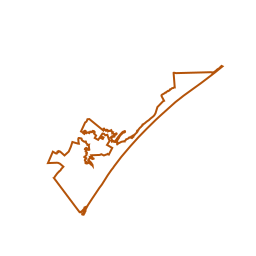 outline of San Francisco del Mar, Oaxaca, Mexico, rotated 297°
{"feature_id": "50627088B36646128750714", "entity_name": "San Francisco del Mar", "entity_type": "district", "adm_level": 2, "iso_a3": "MEX", "parent_name": "Mexico", "parent_adm1": "Oaxaca", "projection": "mercator", "projection_center": [-94.444, 16.207], "detail": "fine", "context": "isolated", "style": "outline", "palette": "amber", "viewbox_px": 256, "rotation_deg": 297, "n_neighbors": 0, "source": "geoboundaries", "source_scale": "gbopen_adm2", "svg_char_len": 5780}
<svg xmlns="http://www.w3.org/2000/svg" viewBox="0 0 256 256"><g transform="rotate(297 128 128)"><path d="M215.5,176.8L198.7,145.9L198.1,143.8L197.8,143.6L185.4,151.2L185.2,150.7L184.2,150.2L183.6,149.3L182.4,148.7L181.8,148.4L181.5,147.9L181.2,147.8L180.6,148.0L179.2,147.2L179.1,146.7L178.5,146.5L177.6,145.8L176.9,145.8L176.2,145.0L175.7,144.9L173.3,143.3L172.6,143.0L172.1,143.1L171.5,143.6L168.6,147.8L167.7,147.1L160.0,144.7L153.7,145.8L151.6,145.7L150.6,145.5L149.5,145.1L146.7,143.8L144.5,143.0L142.1,141.7L139.4,140.6L138.9,140.2L138.5,140.1L137.8,139.8L137.7,139.4L137.1,139.4L137.0,139.6L136.7,139.7L135.7,139.2L134.9,139.1L133.5,138.5L131.5,138.1L131.1,138.2L130.5,137.9L130.2,137.6L129.8,137.4L128.8,137.6L129.5,137.9L129.4,138.1L129.1,138.1L127.8,137.8L127.5,137.8L126.5,137.3L125.6,137.2L125.3,136.9L124.8,136.6L124.2,136.9L123.6,136.6L123.0,136.6L122.6,136.8L122.1,136.5L120.8,136.1L120.8,135.7L121.3,135.8L121.7,136.2L122.0,136.3L122.0,136.1L121.7,136.0L121.5,135.8L121.6,135.5L122.8,136.1L123.0,136.1L123.4,135.8L123.3,135.6L122.5,135.4L121.7,134.7L120.7,134.6L120.4,134.3L120.4,133.7L120.2,133.4L119.7,133.2L119.1,133.2L117.3,131.8L117.1,131.5L115.7,131.4L114.9,130.9L114.6,131.0L114.6,130.8L114.1,130.4L114.1,130.1L112.7,128.4L110.7,127.0L110.0,126.3L109.6,126.3L108.6,125.8L108.8,125.5L110.3,125.1L110.7,124.8L110.7,124.5L110.5,124.2L112.6,124.1L115.0,124.4L116.3,124.3L118.4,124.6L119.9,125.2L120.4,125.2L120.9,125.4L121.5,125.7L122.0,126.4L122.9,127.1L123.7,126.9L123.8,126.8L123.8,126.5L123.0,125.9L122.6,125.4L121.7,124.9L118.9,124.1L115.5,123.3L114.6,123.3L113.7,123.0L112.6,123.0L111.0,122.5L109.7,122.6L109.4,122.2L109.3,121.9L109.7,121.4L109.8,120.9L109.5,120.7L109.3,120.7L108.8,120.1L109.2,120.0L109.6,119.8L109.8,119.4L109.7,119.2L109.3,119.2L109.7,118.8L110.1,118.9L110.4,118.8L111.2,117.7L112.1,117.8L112.3,117.4L112.0,117.0L112.3,117.1L112.5,117.3L113.0,117.4L113.0,117.7L113.4,117.7L113.9,118.1L114.1,118.7L114.1,118.8L113.6,119.0L114.2,119.8L115.5,119.5L116.8,120.0L116.9,120.4L117.1,120.5L117.7,120.5L117.9,120.3L117.9,120.0L117.6,119.9L117.3,119.5L116.6,118.8L116.1,118.6L116.0,118.1L116.3,117.0L116.1,116.6L116.6,116.6L116.7,116.2L117.0,116.2L117.4,116.3L117.3,115.5L117.5,115.0L117.8,114.8L117.9,114.5L117.8,114.3L118.4,114.2L118.5,114.0L117.8,113.6L117.3,113.0L117.0,112.9L116.5,112.1L116.2,111.9L116.4,111.8L116.7,111.5L116.9,110.2L116.8,109.8L116.6,109.6L116.0,110.3L115.5,109.7L115.7,108.5L115.9,107.9L116.6,107.1L116.3,106.6L114.6,107.0L118.4,89.5L117.4,87.9L115.5,88.1L114.6,88.0L113.5,87.3L103.6,87.7L103.6,89.1L103.1,90.4L102.9,91.3L102.9,91.7L104.4,91.5L104.5,90.8L104.8,90.4L105.1,90.3L105.7,90.5L106.1,91.1L106.1,91.6L105.9,91.9L105.0,91.8L104.7,92.0L104.3,92.8L104.3,93.1L104.4,93.3L105.2,93.6L106.2,94.6L106.2,95.1L105.8,95.5L105.8,95.8L106.6,96.0L107.5,95.9L107.7,96.2L107.8,97.3L108.0,97.4L108.6,97.6L108.2,98.0L108.5,98.3L108.8,98.4L109.2,98.1L109.6,98.5L109.8,98.8L109.4,100.0L108.9,100.1L108.6,100.4L107.6,100.3L106.8,103.0L104.0,102.9L103.9,106.8L106.7,107.2L106.7,108.5L106.8,110.5L108.5,110.5L108.2,107.4L111.5,107.8L111.9,109.2L111.4,110.4L111.3,111.2L112.6,112.7L109.3,116.0L108.2,117.5L104.9,117.1L103.9,117.1L103.4,117.0L103.1,123.0L95.6,123.0L95.6,121.6L95.2,121.6L94.6,120.8L92.6,119.0L92.5,116.1L91.2,115.1L87.0,107.6L85.1,110.1L85.0,110.4L85.2,110.9L85.2,111.2L85.0,111.3L84.3,110.6L84.2,109.3L84.3,108.8L85.0,107.5L84.9,107.2L84.4,107.7L84.0,107.5L83.4,107.6L82.4,107.3L82.2,107.4L81.5,107.1L81.3,107.1L81.0,107.9L81.1,108.5L80.8,109.7L80.3,111.1L79.6,112.1L79.3,112.8L78.9,113.2L78.3,113.6L78.5,113.2L78.6,111.8L79.6,108.7L79.6,108.4L79.2,108.2L78.9,107.9L78.9,107.5L78.6,107.8L78.4,107.8L78.3,108.0L79.1,108.5L78.9,108.6L78.3,108.1L78.1,107.7L77.5,107.1L77.4,106.2L77.9,106.0L78.3,105.5L79.0,105.3L79.6,104.2L79.8,104.1L80.7,104.1L80.9,104.3L81.6,104.4L81.7,104.6L82.1,104.6L82.2,103.9L82.4,103.7L82.4,103.4L82.2,102.9L82.2,102.3L82.5,102.2L82.9,102.8L83.7,102.9L84.2,102.8L85.0,103.3L85.4,103.3L86.0,103.0L86.3,102.5L87.2,102.8L87.3,102.7L87.7,101.9L87.8,101.0L88.8,101.1L90.1,100.5L90.1,100.1L89.4,99.5L89.5,99.2L90.0,99.1L90.3,99.2L90.8,99.7L91.2,99.7L91.4,100.1L90.9,100.5L91.0,101.1L90.8,101.8L90.6,102.0L90.4,102.5L90.6,102.8L90.8,102.9L90.9,103.3L91.1,103.4L91.7,102.9L94.8,100.9L95.4,100.8L94.5,99.6L95.0,99.3L95.5,97.7L96.8,96.6L96.6,96.1L95.9,95.4L96.1,93.3L96.4,92.3L97.5,91.4L97.5,91.0L97.4,90.8L96.9,89.0L96.7,88.6L96.3,88.5L95.2,88.9L93.0,90.3L91.9,91.2L91.8,90.6L91.4,90.6L90.3,84.8L85.3,85.6L80.1,85.9L74.7,83.9L76.2,78.2L76.0,76.9L75.0,77.0L75.0,75.9L74.6,75.9L74.5,76.1L72.9,76.1L72.6,75.2L72.8,71.8L60.4,72.6L64.6,80.1L65.2,81.5L65.3,83.3L65.2,84.0L64.2,88.0L60.9,87.1L59.7,87.1L59.1,86.9L58.5,86.5L57.4,86.1L57.1,86.2L56.5,85.9L55.6,85.6L51.4,84.9L50.0,84.9L49.8,84.7L34.4,116.1L31.4,122.3L31.4,122.6L31.0,123.1L31.2,123.8L31.6,124.2L31.8,124.1L32.3,124.7L32.2,124.2L32.7,124.6L33.5,124.8L33.7,125.1L34.0,125.2L34.4,125.1L34.9,125.2L35.9,125.7L36.4,125.5L37.4,125.5L37.5,125.4L38.0,125.8L37.7,125.9L37.3,125.8L36.7,126.0L36.5,125.8L35.9,125.8L35.2,126.2L34.3,126.1L34.3,126.3L34.5,126.4L36.2,126.4L36.6,126.6L37.0,126.6L37.0,126.8L36.3,126.7L36.1,126.4L35.9,126.7L32.3,126.7L31.5,126.9L31.4,126.8L31.0,126.1L30.6,126.3L30.6,126.6L30.2,126.6L30.2,126.8L30.4,127.0L30.6,127.8L32.6,127.9L33.5,127.7L34.4,127.9L36.3,127.2L37.0,127.2L41.1,127.3L48.6,128.1L61.8,129.7L65.7,130.4L76.8,131.4L83.3,132.3L85.6,132.8L87.4,133.0L99.1,135.1L113.0,138.4L124.5,141.5L136.1,145.1L148.0,149.1L153.7,151.2L172.4,158.4L181.9,162.8L201.8,173.0L217.0,180.3L225.8,184.2L225.8,183.2L225.1,183.0L224.7,182.7L223.4,182.5L222.9,182.2L222.2,182.0L221.7,181.5L220.2,180.7L219.3,180.5L217.9,179.8L216.9,179.2L216.3,179.0L216.0,178.1L215.4,177.6L215.5,176.8Z" fill="none" stroke="#b45309" stroke-width="2"/></g></svg>